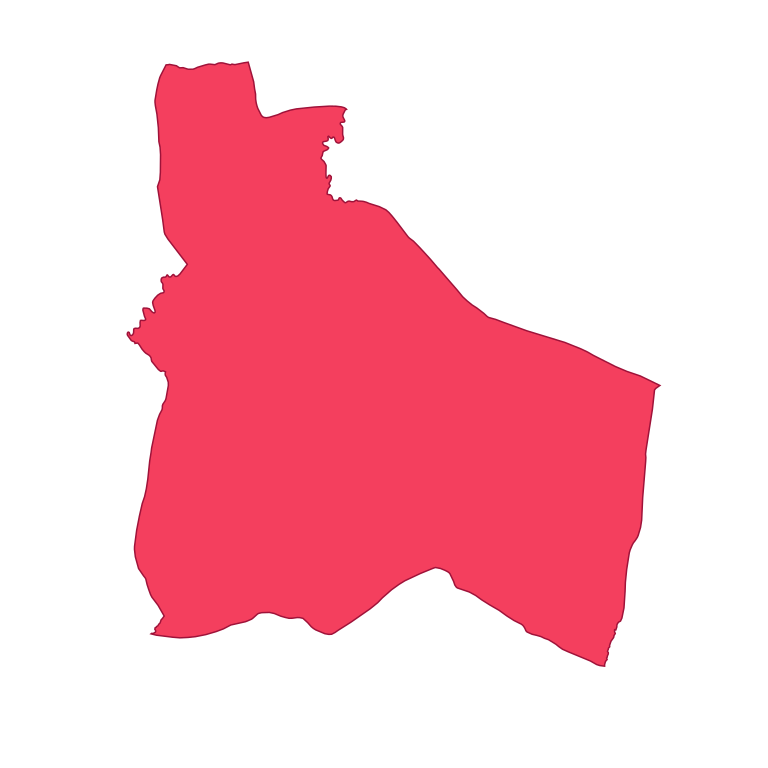 the district of Phayu, Si Sa Ket, Thailand, rotated 191°
{"feature_id": "78962969B85522874194306", "entity_name": "Phayu", "entity_type": "district", "adm_level": 2, "iso_a3": "THA", "parent_name": "Thailand", "parent_adm1": "Si Sa Ket", "projection": "orthographic", "projection_center": [104.391, 14.901], "detail": "fine", "context": "isolated", "style": "filled", "palette": "rose", "viewbox_px": 768, "rotation_deg": 191, "n_neighbors": 0, "source": "geoboundaries", "source_scale": "gbopen_adm2", "svg_char_len": 6158}
<svg xmlns="http://www.w3.org/2000/svg" viewBox="0 0 768 768"><g transform="rotate(191 384 384)"><path d="M113.6,149.1L113.9,150.7L113.7,153.4L113.2,154.9L112.4,156.0L113.2,157.5L112.8,158.3L112.8,160.0L112.4,161.3L112.4,162.3L112.6,163.2L113.6,164.1L113.5,165.2L113.2,166.2L113.2,167.7L112.3,169.1L112.7,170.5L112.1,174.8L110.2,179.0L110.2,181.2L109.4,183.0L109.4,183.4L110.3,184.5L110.8,186.6L110.6,186.9L109.8,186.7L109.5,186.8L109.1,189.9L109.4,191.9L109.2,193.0L108.4,194.9L106.6,196.4L105.8,199.6L105.7,210.0L107.8,226.5L109.2,235.3L110.4,248.3L111.0,265.1L110.7,268.3L109.6,273.4L108.9,275.6L107.7,277.9L106.1,281.7L105.6,283.9L104.8,292.1L105.1,299.5L108.4,321.9L112.3,357.4L112.9,361.7L113.9,365.2L114.2,369.0L115.7,410.5L117.3,429.8L116.4,431.5L112.9,435.2L134.0,440.8L147.9,442.7L160.2,445.3L183.8,452.0L190.2,454.2L197.2,456.0L214.3,459.3L254.1,463.5L278.5,467.3L286.6,468.7L294.1,469.3L295.9,470.1L299.5,472.4L307.3,476.3L312.6,478.4L318.4,481.5L323.5,484.7L330.0,490.1L352.2,507.5L353.6,508.4L362.1,515.2L374.5,524.4L382.3,529.8L387.0,532.1L388.6,533.2L401.9,545.1L408.0,550.3L411.9,553.3L415.3,555.3L422.4,557.2L433.0,558.4L435.7,559.0L438.8,559.3L440.6,559.2L444.5,558.6L446.1,559.3L447.0,558.7L448.1,557.5L448.7,557.2L450.3,556.8L453.2,556.9L454.5,556.3L456.1,554.7L456.5,554.6L457.0,554.6L457.8,555.0L460.1,556.5L461.8,558.2L462.6,558.4L463.1,558.3L463.5,557.9L463.8,556.3L464.4,555.6L467.3,554.7L468.1,554.7L468.9,555.0L469.6,555.7L470.8,558.0L471.7,558.9L472.7,559.4L475.7,559.4L476.0,559.6L476.2,560.2L476.3,562.4L476.0,565.0L474.7,568.0L474.8,568.6L476.0,569.9L476.2,570.6L475.1,574.0L475.0,575.8L475.3,577.4L476.5,578.4L477.6,578.5L478.2,577.9L479.0,575.3L479.6,575.1L480.0,575.4L480.4,576.3L481.2,579.7L482.5,587.3L483.0,588.2L485.3,590.9L488.2,592.7L489.0,593.6L488.9,594.4L488.2,596.4L488.2,599.0L488.0,600.5L487.4,601.1L484.5,603.1L483.8,604.0L483.4,604.9L483.5,605.4L485.5,606.3L488.6,606.8L490.0,608.2L490.3,608.9L490.1,609.8L489.8,610.3L486.9,611.4L485.7,612.2L485.5,612.8L485.5,613.9L486.3,615.9L485.9,616.6L485.5,616.6L483.9,615.5L482.7,615.0L481.9,615.5L481.1,616.7L480.2,616.7L479.6,616.2L478.2,613.7L477.3,612.5L476.6,612.1L475.3,611.8L474.3,611.9L473.5,612.4L472.0,614.0L470.8,615.8L470.6,616.6L470.7,617.9L472.0,620.5L472.3,621.5L473.5,627.9L474.1,628.8L476.4,630.6L476.7,631.4L476.5,632.2L476.2,632.6L473.2,633.5L472.7,634.2L472.8,635.1L475.3,638.4L475.7,639.8L475.6,641.1L474.4,645.4L474.0,646.1L473.2,646.4L473.6,646.8L475.5,647.6L477.2,647.8L479.0,647.9L484.1,647.5L490.4,646.4L505.5,642.5L522.6,637.3L528.1,635.0L535.3,631.1L539.4,628.2L547.5,623.9L550.4,622.9L552.8,622.8L554.1,623.2L555.7,624.3L560.5,630.5L561.9,633.0L563.1,635.6L564.3,639.0L565.4,644.1L567.3,648.9L569.6,655.8L578.7,674.0L582.7,672.6L590.9,669.2L591.9,669.0L594.3,669.0L595.5,668.1L596.1,668.0L603.3,668.4L604.9,668.2L606.2,667.9L607.9,667.3L610.9,665.2L615.8,664.8L617.2,664.5L620.5,663.0L627.5,659.3L629.8,657.6L631.5,656.6L636.3,655.6L641.5,656.2L644.8,655.4L645.7,655.6L648.5,656.8L655.5,656.8L656.9,656.2L658.8,655.7L662.1,644.2L662.6,641.9L663.1,635.3L663.2,629.2L662.9,618.7L662.5,616.7L661.5,613.5L658.4,605.6L654.4,592.5L651.2,578.9L649.0,573.7L647.1,566.5L643.9,549.1L643.0,541.7L644.0,534.5L632.7,503.3L628.7,491.3L627.6,489.2L623.7,485.0L599.9,463.9L605.3,453.0L607.1,450.6L608.6,449.9L609.6,449.9L611.2,451.2L611.7,451.3L612.2,450.9L613.8,448.4L615.0,448.1L615.7,448.3L617.1,449.5L617.6,449.7L618.0,449.3L618.3,448.0L618.6,447.6L619.3,447.1L620.9,446.8L622.3,445.8L622.6,445.0L622.7,444.3L622.5,443.0L622.1,441.9L620.8,440.8L620.0,439.6L619.4,436.0L619.2,435.3L617.6,433.5L617.5,433.0L617.7,431.8L618.2,431.4L620.6,430.4L623.1,428.0L625.3,424.5L626.6,421.5L626.7,420.2L626.6,419.7L625.6,417.2L622.7,412.2L622.5,411.7L622.5,410.6L623.0,410.0L623.9,409.9L625.7,410.7L628.6,413.0L629.3,413.1L631.1,413.2L634.2,412.7L634.7,412.5L634.9,411.7L634.7,410.3L632.0,404.7L630.4,402.4L630.3,401.6L631.1,400.8L632.0,400.5L634.5,400.2L635.2,399.9L635.2,397.9L634.4,394.4L634.6,393.1L635.4,392.1L635.9,391.7L638.7,391.3L639.9,390.7L640.1,389.8L639.7,387.3L639.6,386.0L640.1,384.5L640.5,383.9L641.4,383.3L642.4,383.5L642.8,383.9L643.9,385.9L644.7,386.2L645.2,386.0L645.5,385.5L645.6,384.0L645.0,382.8L640.4,378.5L639.2,378.1L637.1,377.8L636.5,377.2L636.2,376.3L634.0,377.1L633.3,377.1L631.8,375.9L628.0,371.9L625.3,369.8L623.7,368.8L620.3,367.5L619.3,366.9L618.4,366.1L617.6,365.1L616.8,362.9L616.2,361.8L608.3,355.2L605.8,353.9L605.2,353.9L603.4,354.8L600.8,354.3L600.8,352.5L600.5,351.3L600.1,350.6L598.6,349.1L596.1,344.6L595.4,341.3L595.2,328.4L595.4,326.7L595.8,325.3L597.2,322.0L597.4,320.3L597.0,318.1L597.0,316.4L598.5,311.4L599.5,305.2L599.9,276.9L599.6,272.6L599.3,263.6L597.7,245.6L597.3,235.7L597.5,227.8L598.5,220.5L598.9,207.9L598.9,193.3L597.9,177.1L597.4,174.1L595.1,166.9L589.7,156.0L583.4,149.8L581.4,148.1L580.6,147.1L578.3,142.0L575.7,137.3L573.0,132.8L571.2,130.5L563.6,123.7L555.5,114.3L556.7,111.7L557.8,109.9L558.2,106.8L559.2,105.3L559.9,103.4L561.0,102.5L561.1,101.8L562.1,101.1L562.2,100.7L562.1,99.3L561.4,98.8L561.1,98.3L560.9,97.5L561.0,96.8L562.5,95.5L563.4,95.0L564.5,94.9L565.0,94.3L559.6,94.0L543.2,95.1L535.9,95.9L528.1,97.8L520.9,100.0L511.1,104.0L501.6,108.9L494.9,113.0L488.4,118.2L474.9,124.1L473.5,124.9L469.1,127.9L468.0,129.1L464.2,134.2L463.1,135.0L460.4,136.2L452.9,137.9L447.9,137.8L441.0,136.4L436.3,136.0L432.5,135.9L429.3,136.6L424.6,138.2L422.0,138.6L418.8,138.5L413.4,135.2L409.1,131.9L406.7,130.6L404.1,129.6L394.4,127.6L390.3,127.7L387.6,128.4L384.7,130.7L381.9,133.6L371.0,143.9L354.7,160.7L348.5,168.1L344.8,173.8L337.3,183.5L331.0,190.2L325.9,194.9L312.2,204.9L301.7,211.8L299.8,213.0L298.4,213.7L293.5,213.7L288.8,212.8L285.7,211.9L284.0,211.1L283.1,210.4L278.0,203.5L276.2,200.3L274.4,198.5L273.1,197.8L260.6,196.1L253.6,193.9L247.0,190.8L238.0,187.3L227.8,183.8L219.0,179.7L211.1,176.6L203.2,174.4L201.7,173.6L200.5,172.6L198.9,170.8L197.8,169.1L196.9,168.2L196.0,167.8L190.9,166.6L186.1,166.4L181.7,166.0L177.9,165.0L173.7,164.4L165.5,161.3L162.4,159.6L158.2,157.7L152.2,156.3L128.6,151.5L121.8,149.2L118.5,148.8L113.6,149.1Z" fill="#f43f5e" stroke="#9f1239" stroke-width="1.5"/></g></svg>